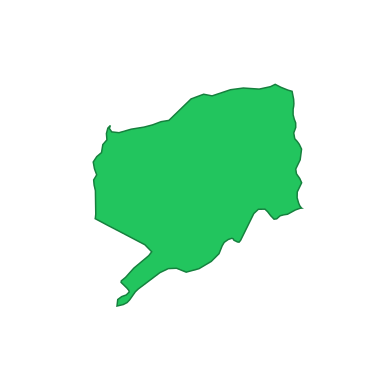 SVG path tracing the border of Yagha, rotated 118°
{"feature_id": "BFA-2877", "entity_name": "Yagha", "entity_type": "Province", "adm_level": 1, "iso_a3": "BFA", "parent_name": "Burkina Faso", "parent_adm1": "", "projection": "mercator", "projection_center": [0.646, 13.4], "detail": "fine", "context": "isolated", "style": "filled", "palette": "green", "viewbox_px": 384, "rotation_deg": 118, "n_neighbors": 0, "source": "natural_earth", "source_scale": "10m", "svg_char_len": 1471}
<svg xmlns="http://www.w3.org/2000/svg" viewBox="0 0 384 384"><g transform="rotate(118 192 192)"><path d="M154.8,87.7L155.7,89.0L159.2,92.2L166.8,97.2L169.1,100.3L171.6,103.0L175.9,104.6L177.5,106.8L176.1,111.1L173.9,116.0L172.9,119.5L176.1,125.3L182.0,127.3L211.9,126.4L214.2,126.9L214.8,128.5L214.8,130.4L214.9,131.8L214.8,132.6L214.0,133.6L214.2,135.1L216.9,137.7L221.3,139.9L225.3,140.1L233.8,139.2L244.2,142.4L256.4,149.8L265.5,159.5L266.6,169.9L270.8,177.0L278.3,182.5L302.8,193.9L306.8,195.2L316.4,196.4L320.1,197.4L323.6,199.8L327.9,204.7L321.8,207.1L317.4,205.0L313.7,201.7L309.7,200.5L308.5,201.7L307.4,204.3L305.1,212.2L303.6,212.7L298.6,210.6L286.5,207.6L268.5,200.3L263.7,199.5L260.7,208.8L260.8,228.4L261.0,250.2L261.0,264.9L260.9,264.9L256.7,266.6L236.2,277.9L231.8,281.7L227.5,284.5L221.6,284.2L217.3,289.0L211.9,293.3L205.4,292.7L199.7,290.4L192.0,293.0L185.9,291.6L180.6,295.0L175.1,296.3L171.6,295.3L174.7,294.8L176.6,291.1L173.9,284.3L165.1,275.2L157.2,264.8L151.2,258.3L144.4,252.3L139.6,246.0L110.2,236.5L100.2,227.6L97.7,219.4L83.6,206.0L76.1,195.5L69.6,181.0L62.2,172.2L57.9,169.1L57.8,162.7L57.0,155.1L56.1,150.9L62.4,145.8L66.2,143.5L68.5,142.5L71.4,141.6L76.3,139.0L79.6,136.0L82.3,132.9L86.3,130.7L92.1,129.9L96.7,126.3L97.9,123.0L99.5,119.7L102.7,115.4L112.8,111.6L123.0,111.2L126.9,108.3L129.5,103.2L132.4,99.5L142.5,99.1L147.7,96.5L151.5,92.9L153.5,90.5L154.8,87.8L154.8,87.7Z" fill="#22c55e" stroke="#15803d" stroke-width="1.5"/></g></svg>